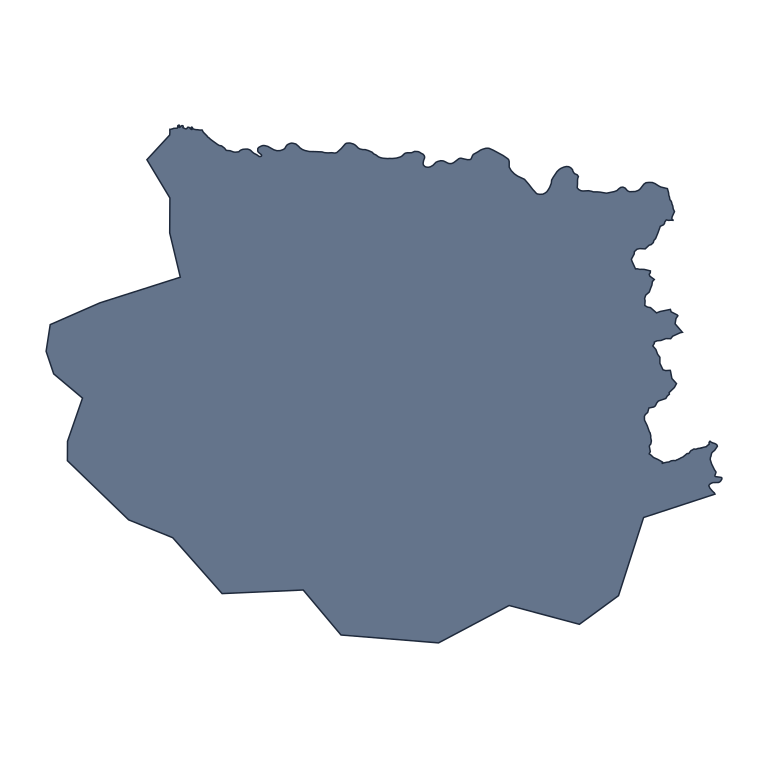 the district of Xu'der, Selenge, Mongolia
{"feature_id": "93677404B85360121708910", "entity_name": "Xu'der", "entity_type": "district", "adm_level": 2, "iso_a3": "MNG", "parent_name": "Mongolia", "parent_adm1": "Selenge", "projection": "equal_earth", "projection_center": [107.738, 49.736], "detail": "fine", "context": "isolated", "style": "filled", "palette": "slate", "viewbox_px": 768, "rotation_deg": 0, "n_neighbors": 0, "source": "geoboundaries", "source_scale": "gbopen_adm2", "svg_char_len": 6125}
<svg xmlns="http://www.w3.org/2000/svg" viewBox="0 0 768 768"><path d="M50.2,324.6L46.1,351.3L53.7,373.9L82.5,398.1L67.5,441.3L67.4,460.7L128.7,519.9L172.7,537.7L222.1,593.6L303.2,590.0L341.0,635.0L438.5,642.9L509.1,605.5L579.4,624.3L618.5,595.7L643.6,517.5L715.0,494.1L714.3,492.8L714.1,492.7L712.5,491.2L710.0,488.3L708.8,485.8L708.9,485.4L709.8,484.2L711.0,483.4L712.9,482.6L718.4,482.5L719.6,482.0L720.7,481.0L721.9,479.0L721.9,478.3L721.8,477.8L721.2,477.4L715.6,476.6L715.0,476.2L714.9,475.5L716.0,472.4L715.9,471.8L714.5,469.8L711.6,463.9L710.2,459.4L710.5,457.1L710.9,456.5L711.6,453.2L712.6,452.0L714.7,450.3L717.4,446.3L717.1,445.2L716.4,444.4L714.8,443.5L712.5,442.8L710.9,442.0L710.0,441.2L709.5,441.6L709.3,442.3L709.0,442.7L709.1,444.4L707.3,445.5L706.5,446.6L703.6,447.3L703.1,447.3L702.4,447.7L701.1,447.8L700.9,447.9L700.9,448.2L698.9,448.3L697.4,448.6L696.4,449.1L695.2,449.2L694.6,449.0L693.5,449.1L692.4,450.0L691.4,450.3L690.9,450.7L689.7,452.2L689.3,452.9L688.8,453.4L688.4,453.6L687.3,453.5L686.7,453.8L685.5,454.9L682.9,457.0L680.4,458.1L679.7,458.7L678.9,458.9L677.9,459.5L676.7,459.9L675.6,460.6L673.4,460.5L671.2,460.8L668.9,462.0L666.8,462.2L664.2,462.8L662.5,463.4L662.3,463.4L662.2,463.0L662.4,462.8L662.7,462.6L662.8,462.4L662.6,462.1L657.8,459.4L653.5,457.5L650.9,455.0L649.2,453.9L649.3,453.5L650.3,451.7L649.3,446.2L649.6,445.4L650.8,444.0L651.4,440.9L650.7,437.6L650.8,435.9L650.1,432.8L649.4,431.8L647.2,425.6L644.5,420.1L644.4,416.3L645.3,414.6L647.7,412.4L648.9,408.0L653.8,407.0L655.3,405.9L656.8,402.9L658.4,401.0L665.8,398.5L667.3,396.0L669.4,394.2L669.1,392.6L674.4,387.5L676.5,383.6L671.9,378.5L670.5,371.0L670.2,370.3L665.7,370.6L663.0,369.8L659.9,363.3L659.9,357.3L657.6,354.2L655.9,349.5L652.8,345.9L654.3,343.5L654.3,342.1L657.0,340.8L660.9,340.5L665.9,338.6L670.7,338.7L672.7,336.2L680.1,332.8L682.4,332.3L675.1,323.8L676.0,318.5L677.9,315.8L677.2,314.9L671.1,311.8L670.4,309.4L660.1,311.5L656.5,312.9L650.5,307.6L647.5,307.1L644.8,305.5L645.1,300.8L644.6,298.6L645.7,295.2L649.3,292.0L650.6,288.3L651.9,285.1L652.4,281.6L654.3,279.5L649.8,276.1L649.2,274.2L650.3,272.8L650.4,270.9L644.3,269.4L641.1,269.3L639.9,269.4L637.3,268.8L635.5,268.9L632.0,261.2L631.4,259.2L634.2,254.0L634.4,251.6L637.0,249.2L639.8,248.6L645.2,248.9L649.1,245.2L651.2,244.6L653.3,242.6L653.9,240.4L655.6,238.6L657.9,233.0L660.3,226.3L663.5,224.8L664.5,223.5L664.7,222.1L666.3,219.9L668.5,220.4L671.1,220.2L673.6,220.4L672.2,219.5L671.8,218.2L672.3,216.4L674.5,211.6L673.2,208.8L672.8,206.0L672.4,205.0L672.0,204.1L671.6,202.2L671.2,201.3L670.7,200.5L669.9,199.7L669.5,197.1L668.8,195.2L668.7,193.8L668.5,192.4L667.4,188.6L660.8,187.0L658.5,185.8L655.1,183.6L652.3,182.5L649.0,182.4L646.0,182.7L643.9,184.1L640.2,188.9L638.5,190.3L635.3,191.5L629.7,191.7L628.5,191.3L627.3,190.6L625.2,188.1L622.9,187.1L620.7,187.4L618.9,188.7L616.9,190.6L614.2,191.6L606.5,193.2L600.0,192.1L597.5,191.9L593.4,191.9L591.7,191.3L588.6,190.7L582.9,191.0L580.9,190.7L578.7,189.5L577.2,187.8L577.5,184.0L577.5,180.2L577.7,178.5L578.4,176.5L577.2,174.8L574.5,173.6L573.6,172.4L572.9,171.2L572.5,169.6L570.8,167.8L569.9,167.3L568.7,166.7L566.4,166.5L563.8,167.1L560.8,168.4L559.2,169.5L557.0,171.6L555.8,173.4L553.3,177.1L551.6,180.1L551.5,181.1L551.3,183.2L549.7,187.3L548.4,189.5L546.8,191.8L545.0,193.1L542.8,194.2L539.5,194.3L537.2,193.9L536.3,193.3L533.8,190.5L532.9,189.6L528.8,184.3L524.5,179.3L517.6,176.1L514.3,173.8L511.2,170.6L509.2,167.1L509.2,161.6L508.8,160.0L508.0,158.9L503.1,155.5L493.1,150.1L489.0,148.3L487.4,148.2L485.7,148.3L482.4,149.3L480.5,150.1L477.8,151.9L473.3,154.4L472.5,155.6L471.1,158.9L470.1,159.6L467.6,159.7L464.3,159.0L461.0,158.2L459.9,158.3L458.8,158.7L454.0,162.4L452.3,163.3L451.0,163.6L448.9,163.5L447.6,163.0L445.7,162.0L443.6,161.0L442.4,160.8L440.7,160.7L437.9,161.4L435.9,162.3L433.0,165.3L430.4,166.8L428.2,167.3L426.0,167.0L424.7,166.4L423.4,165.0L423.1,163.2L423.6,160.5L424.6,157.9L424.6,156.8L424.3,155.8L423.3,154.4L422.8,154.1L420.9,153.1L419.6,152.2L418.1,151.6L414.6,151.4L411.7,152.7L408.8,152.8L407.9,152.7L406.5,152.9L405.5,153.1L404.5,153.6L402.0,156.0L400.5,156.9L396.4,158.1L392.3,158.5L388.9,158.4L388.2,158.6L382.9,158.2L380.7,157.7L378.4,156.8L376.1,155.0L374.0,154.0L373.2,153.4L372.6,152.6L372.1,152.2L368.5,150.6L365.2,149.6L362.9,149.6L360.4,149.1L359.4,148.7L358.1,147.9L356.4,146.1L355.0,144.9L353.4,144.0L350.3,143.1L349.2,143.0L346.7,143.2L345.9,143.5L345.2,144.0L344.5,144.8L341.3,148.5L336.9,152.5L336.0,152.8L334.9,153.1L331.7,152.7L328.2,152.9L326.3,152.8L324.3,152.6L322.0,151.9L315.1,151.6L309.3,151.5L304.9,150.5L302.4,149.5L299.8,147.7L298.8,146.5L295.9,144.0L293.2,143.3L291.6,143.1L290.6,143.3L289.6,143.6L287.9,144.4L287.0,145.0L286.0,146.3L284.7,148.6L283.0,149.6L280.2,150.6L276.9,150.7L273.9,149.8L267.8,146.4L264.8,145.6L263.2,145.5L262.2,145.7L260.7,146.3L258.6,147.5L257.8,148.6L257.7,151.0L258.2,152.0L259.0,152.8L261.4,154.7L261.6,155.7L261.3,156.2L260.6,156.5L259.1,156.5L256.9,154.8L253.9,153.3L252.3,152.0L250.8,150.5L249.8,149.8L247.7,149.1L245.5,149.1L242.9,149.3L241.0,150.0L240.0,150.6L238.8,151.8L235.2,152.2L233.6,152.0L230.1,150.7L226.5,150.4L226.1,150.2L225.8,149.8L224.6,148.2L221.6,145.9L219.1,145.4L217.5,144.4L212.1,140.5L210.4,139.2L208.6,137.5L207.9,137.1L207.4,136.7L207.1,136.0L203.7,132.6L202.7,131.3L202.4,130.3L202.3,130.1L202.0,130.0L201.0,130.0L200.1,130.1L197.4,129.7L196.5,129.7L195.7,129.6L194.6,129.4L193.2,128.9L192.8,128.5L192.3,127.4L192.0,127.2L191.6,127.1L191.2,127.4L191.1,127.8L191.2,128.2L192.1,129.2L191.8,129.5L191.4,129.4L190.8,129.1L189.7,127.8L188.9,127.3L187.9,127.2L187.5,127.5L186.9,128.4L186.3,128.8L185.3,128.8L184.3,128.2L183.1,127.8L182.9,127.6L183.2,126.7L183.2,126.2L182.8,125.7L182.0,125.6L181.6,125.8L181.0,126.2L180.0,127.2L179.6,127.4L179.3,127.4L179.0,127.2L179.0,126.8L179.5,125.6L179.3,125.2L178.9,125.1L178.4,125.3L177.8,125.7L177.5,127.9L177.1,128.2L173.8,128.3L172.3,128.9L171.3,129.1L170.5,129.4L169.9,129.3L169.8,130.4L169.9,131.9L169.7,135.0L146.9,159.7L169.9,198.0L169.7,232.9L180.3,277.2L100.0,302.8L50.2,324.6Z" fill="#64748b" stroke="#1e293b" stroke-width="1.5"/></svg>